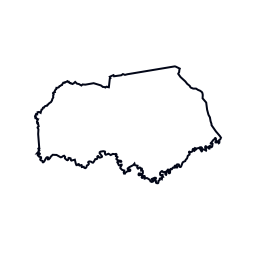 the district of Kaeng Sanam Nang, Nakhon Ratchasima, Thailand, rotated 217°
{"feature_id": "78962969B3158146073423", "entity_name": "Kaeng Sanam Nang", "entity_type": "district", "adm_level": 2, "iso_a3": "THA", "parent_name": "Thailand", "parent_adm1": "Nakhon Ratchasima", "projection": "natural_earth1", "projection_center": [102.24, 15.708], "detail": "fine", "context": "isolated", "style": "outline", "palette": "ink", "viewbox_px": 256, "rotation_deg": 217, "n_neighbors": 0, "source": "geoboundaries", "source_scale": "gbopen_adm2", "svg_char_len": 5722}
<svg xmlns="http://www.w3.org/2000/svg" viewBox="0 0 256 256"><g transform="rotate(217 128 128)"><path d="M122.4,206.6L127.0,205.7L127.8,205.3L160.8,170.6L162.4,168.6L164.5,168.0L165.1,166.1L170.3,160.9L171.4,161.5L171.6,161.2L173.4,157.9L172.0,157.2L172.2,156.4L167.8,149.0L169.2,148.3L169.8,148.3L170.4,147.4L170.4,146.8L172.0,146.3L172.7,145.7L175.3,145.7L182.4,143.1L188.1,137.0L190.5,135.4L190.8,133.9L193.5,133.6L195.5,132.7L197.9,133.0L198.3,130.8L198.9,129.7L199.7,129.6L200.2,129.2L200.9,129.4L201.5,128.9L203.1,129.3L203.3,128.7L204.6,128.9L205.1,127.6L205.7,126.9L205.6,126.6L206.0,126.4L206.1,125.7L206.9,125.3L206.9,124.1L206.6,122.6L207.0,122.3L207.4,120.8L207.9,120.2L207.8,118.8L208.9,117.2L209.3,117.0L208.7,115.8L209.0,115.2L208.7,113.2L208.0,112.7L208.8,111.6L208.9,110.7L208.5,110.4L208.0,110.6L207.5,110.0L207.2,108.6L206.1,107.5L205.8,105.3L205.3,104.4L205.1,102.5L205.9,100.0L205.9,98.6L206.3,98.2L206.0,97.2L207.3,95.7L207.6,94.1L207.4,93.8L208.1,93.0L207.7,91.8L207.8,90.9L208.1,90.6L206.9,87.5L208.7,87.3L209.5,86.4L209.3,86.3L209.3,85.0L208.8,84.3L209.8,83.9L209.6,83.1L209.4,82.9L209.5,82.3L209.0,82.0L209.2,81.3L208.4,80.6L207.8,80.9L207.6,80.3L207.1,80.6L206.4,80.3L205.9,80.7L205.4,80.5L205.1,80.7L204.7,78.5L204.3,78.0L204.0,77.9L203.7,77.5L203.1,78.0L202.6,77.6L202.5,76.9L201.5,76.6L200.3,75.5L200.6,74.4L200.4,73.8L198.8,73.1L196.1,69.1L187.2,59.0L187.2,58.0L186.4,58.2L186.3,57.9L186.6,57.7L186.7,57.4L186.1,56.6L185.3,56.7L185.2,56.3L185.4,53.1L183.9,54.6L182.9,54.4L182.7,53.6L183.7,52.6L183.8,52.1L183.6,51.9L181.5,51.6L180.1,52.3L179.8,52.3L179.2,51.6L179.4,50.4L179.0,49.9L178.2,49.7L176.6,50.2L176.1,50.0L175.6,49.4L175.2,49.4L174.9,49.9L174.8,51.1L175.3,54.2L175.3,55.5L174.9,56.1L174.2,56.4L173.6,56.0L173.4,55.2L173.1,54.8L172.4,55.3L172.2,56.8L172.4,58.7L172.0,61.3L168.8,63.5L164.1,64.1L163.5,64.8L162.8,66.8L162.3,67.4L160.9,67.1L160.4,66.1L160.0,65.8L157.7,65.6L157.0,65.8L156.7,66.4L156.8,67.3L157.4,68.0L157.2,68.6L155.6,69.2L154.0,67.9L153.6,67.9L151.4,70.7L148.2,68.1L146.8,67.3L146.4,67.6L146.1,69.0L145.8,69.4L145.3,69.5L144.9,68.8L144.2,68.8L142.9,70.4L142.5,70.4L141.9,69.3L141.4,69.0L140.0,70.4L138.9,69.9L138.0,70.2L137.7,70.8L137.6,71.5L138.3,73.3L137.7,74.2L137.6,75.5L138.0,76.1L139.2,76.7L139.2,77.4L138.5,78.3L137.0,78.9L135.7,78.9L135.1,79.2L135.0,80.5L135.4,83.5L134.4,84.2L134.1,84.9L134.5,85.9L135.3,86.7L135.3,87.2L135.0,87.6L133.8,87.3L132.6,87.4L131.5,89.0L131.6,89.6L132.0,89.9L135.5,90.8L136.0,91.6L135.7,92.6L133.8,94.6L132.4,95.3L132.0,95.2L131.4,94.1L130.4,93.3L129.6,93.3L128.1,95.7L125.5,96.0L124.5,98.2L123.0,99.0L122.0,100.1L121.5,100.1L121.1,99.8L121.0,98.6L120.7,98.2L119.6,98.6L118.9,98.5L118.8,96.6L118.4,96.1L116.0,96.3L114.0,97.5L113.5,97.4L113.1,97.1L113.2,96.7L115.7,95.4L116.1,94.9L115.9,94.2L114.5,93.7L113.5,93.0L112.8,92.8L112.1,93.2L111.5,94.6L111.0,94.9L110.7,94.5L110.4,92.0L109.9,91.3L107.5,91.0L105.4,91.8L104.6,89.8L103.7,89.2L103.0,89.7L103.2,90.8L102.3,93.4L101.2,94.1L100.5,95.1L100.6,95.5L101.2,96.1L101.9,95.8L102.7,94.9L103.6,95.1L103.9,95.5L103.5,97.2L101.5,101.5L101.4,103.4L100.4,102.6L99.9,102.5L97.7,103.6L96.9,102.0L95.8,101.5L95.4,101.7L95.1,103.2L94.7,103.6L93.5,103.4L92.8,103.9L92.2,103.7L92.0,103.3L92.3,102.4L91.9,101.9L90.9,102.7L90.3,102.6L89.0,101.0L89.0,100.2L89.4,99.2L90.5,99.2L91.9,98.3L91.8,97.4L91.1,96.8L90.7,96.9L89.7,98.1L88.4,99.2L87.8,99.0L87.6,97.3L87.4,96.8L86.9,96.6L86.4,96.9L86.2,99.3L85.9,99.6L85.2,99.2L84.6,97.7L84.3,97.5L83.0,99.2L82.3,99.6L80.4,99.6L79.6,99.9L77.9,98.9L76.6,99.2L76.0,99.9L75.8,100.5L77.7,101.2L78.2,101.8L76.7,104.4L75.8,104.9L75.4,104.7L75.2,104.0L75.9,102.7L75.7,102.3L73.7,102.5L73.0,101.4L72.3,101.1L71.5,101.4L70.9,101.9L70.8,102.3L71.1,103.0L71.8,103.8L71.4,105.5L72.0,106.3L72.1,106.9L71.5,107.5L70.2,107.5L70.5,108.2L71.4,109.1L70.6,110.1L71.3,110.4L72.1,111.3L73.7,109.9L74.2,110.1L74.9,110.8L75.4,111.7L75.2,113.5L75.0,114.0L74.5,114.2L73.2,113.8L72.0,115.2L71.3,114.9L70.5,113.7L69.8,113.4L69.4,113.5L69.5,114.0L70.7,115.0L71.2,116.2L71.0,117.9L71.2,118.6L70.2,119.4L69.7,119.5L69.2,119.2L69.2,117.3L69.0,116.6L67.9,116.6L67.6,116.9L67.5,117.6L68.3,118.6L69.2,121.1L69.0,121.4L68.2,121.7L68.3,123.3L67.1,124.2L67.2,124.6L67.8,125.2L67.8,126.2L67.6,126.4L67.1,126.4L65.9,125.4L65.0,126.1L65.4,126.9L66.7,126.7L66.9,128.4L66.3,129.0L65.5,129.4L65.0,129.2L64.6,128.6L63.3,128.1L62.6,128.4L62.4,129.1L63.6,133.3L63.4,134.2L62.4,136.0L62.8,137.5L62.5,139.2L63.5,141.8L62.9,143.8L63.2,144.4L64.7,145.3L64.9,145.8L64.7,146.1L63.6,146.2L62.6,147.9L62.4,148.8L63.3,149.5L63.5,150.2L63.3,150.7L62.9,150.8L61.6,149.8L61.2,149.8L61.2,150.6L62.2,151.7L62.4,152.3L62.1,152.4L61.2,151.6L60.8,151.7L60.6,153.3L59.6,154.3L58.8,156.0L57.9,156.7L57.1,156.7L56.8,156.3L57.4,154.5L55.2,153.6L55.0,153.8L55.0,154.2L55.5,155.5L55.2,156.1L54.1,156.7L52.1,156.9L52.2,157.3L54.9,159.1L55.1,159.8L55.0,160.2L54.6,160.3L54.1,159.2L53.5,159.0L52.5,161.1L52.1,161.1L51.1,160.3L50.5,160.6L50.6,161.0L52.0,162.1L52.1,162.5L51.8,163.0L51.5,163.1L50.5,162.8L49.8,162.9L49.6,163.5L49.7,164.1L51.0,166.3L51.5,166.2L52.2,165.4L52.6,165.4L52.8,165.8L52.6,167.5L52.7,169.3L52.3,170.6L52.4,172.2L52.1,172.6L51.5,172.5L51.1,171.7L49.9,171.1L49.7,170.6L49.8,169.5L49.5,169.2L48.9,169.4L48.7,170.4L46.9,170.6L46.7,171.0L46.3,170.7L46.2,171.1L46.6,171.9L47.7,171.7L48.0,172.0L48.0,172.9L47.5,174.1L47.6,175.1L47.9,175.8L47.9,176.2L49.5,176.8L55.8,178.2L62.9,180.5L63.9,181.6L66.1,183.1L69.0,185.8L71.7,187.0L75.8,190.2L80.9,195.4L86.3,196.6L88.2,199.4L89.6,200.7L90.9,201.2L93.1,201.1L94.8,200.6L97.4,200.4L99.7,198.7L101.9,198.1L102.9,198.2L104.1,198.8L107.3,198.9L110.3,199.7L116.7,200.3L120.5,201.5L120.8,203.4L122.0,205.4L122.4,206.6Z" fill="none" stroke="#020617" stroke-width="2"/></g></svg>